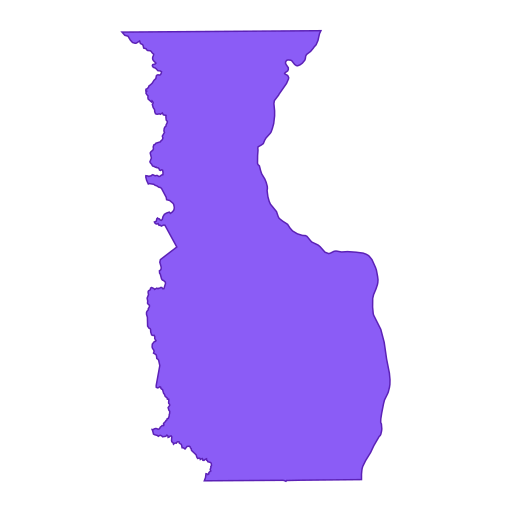 outline of Cotriguaçu, Mato Grosso, Brazil
{"feature_id": "56859067B41206181741344", "entity_name": "Cotriguaçu", "entity_type": "district", "adm_level": 2, "iso_a3": "BRA", "parent_name": "Brazil", "parent_adm1": "Mato Grosso", "projection": "natural_earth1", "projection_center": [-58.781, -9.466], "detail": "fine", "context": "isolated", "style": "filled", "palette": "violet", "viewbox_px": 512, "rotation_deg": 0, "n_neighbors": 0, "source": "geoboundaries", "source_scale": "gbopen_adm2", "svg_char_len": 6037}
<svg xmlns="http://www.w3.org/2000/svg" viewBox="0 0 512 512"><path d="M122.0,32.1L124.8,35.3L128.0,36.2L130.4,40.2L132.5,42.5L135.2,43.3L136.4,43.1L139.6,41.0L140.4,43.5L142.2,44.4L143.0,45.2L143.7,48.1L146.0,48.7L146.7,49.8L147.6,50.5L150.5,50.8L151.4,51.7L152.2,52.9L153.7,54.2L153.4,55.6L152.7,57.1L152.6,58.5L152.8,59.6L153.5,60.7L155.9,63.1L155.1,64.0L152.7,64.6L152.3,65.8L153.0,67.0L153.9,67.6L155.2,68.0L156.3,68.9L157.9,70.7L160.1,70.9L161.5,71.7L161.3,73.0L160.8,74.2L159.8,75.1L158.1,74.8L157.2,75.0L156.4,75.7L155.8,78.6L154.0,80.3L152.2,83.2L150.6,84.7L148.8,86.1L148.5,87.3L147.2,88.7L146.0,89.2L145.8,90.9L146.7,91.2L146.1,92.0L146.0,93.3L147.0,94.9L148.0,95.8L147.9,97.3L148.1,99.0L151.5,102.0L152.0,100.9L153.1,102.3L152.9,103.7L152.3,104.4L153.2,107.6L154.4,109.4L154.7,110.6L154.7,111.7L155.5,113.7L156.3,114.1L157.7,114.2L159.3,113.8L160.4,114.3L162.3,113.0L163.4,114.9L166.0,115.4L165.9,117.0L166.2,120.1L166.9,120.8L167.4,121.8L167.0,123.2L166.2,124.6L165.9,126.2L164.8,127.1L164.2,128.5L163.9,131.0L164.5,132.4L162.3,136.1L162.9,137.9L162.6,139.1L161.8,140.2L160.9,140.9L160.4,141.8L155.9,143.2L154.9,144.5L153.9,144.8L153.2,146.8L153.4,148.9L152.9,150.0L150.8,151.9L150.2,153.0L151.4,158.0L149.9,161.8L150.4,162.9L151.6,164.2L152.3,165.6L153.1,166.3L154.5,166.5L155.3,167.3L156.2,167.1L157.0,167.8L157.9,167.7L159.0,168.6L159.5,170.0L160.4,170.5L161.6,169.8L162.6,170.2L163.0,172.3L162.9,174.7L161.6,175.0L159.8,176.4L158.8,176.5L157.4,175.5L156.3,175.5L155.1,175.8L152.8,174.7L151.7,175.2L150.9,176.0L150.1,175.9L148.9,176.5L148.1,176.0L145.9,175.7L145.8,177.1L146.6,180.3L148.3,184.0L149.5,183.6L153.8,184.3L155.1,185.3L156.7,185.8L159.0,187.3L160.4,187.5L161.6,188.6L166.2,197.3L166.6,199.7L169.7,200.5L172.9,203.2L173.7,204.4L174.3,207.5L174.1,209.1L173.7,210.3L172.4,211.9L170.4,213.4L169.3,212.1L166.6,213.0L164.4,214.3L163.0,216.6L162.3,219.4L161.2,220.4L160.2,220.0L159.4,218.9L158.3,218.7L157.6,218.0L156.8,218.8L156.3,221.2L154.4,222.0L155.1,223.3L156.2,224.0L157.1,224.0L158.1,223.6L159.0,225.3L160.4,225.3L161.3,226.1L163.4,225.1L164.9,225.2L176.8,247.0L160.4,259.6L159.8,262.2L161.2,267.2L161.1,268.9L160.6,270.0L159.4,270.8L159.6,273.2L160.3,274.2L161.5,278.8L162.4,280.1L163.4,280.4L165.3,282.1L165.5,283.5L163.9,288.7L162.8,288.8L161.8,287.5L160.6,287.5L159.7,288.2L158.8,288.2L158.0,288.7L156.8,288.1L154.6,289.4L154.0,288.6L151.6,287.5L150.6,288.1L150.3,289.5L149.7,290.2L148.8,290.6L148.2,291.3L148.1,292.6L148.5,294.7L147.1,298.1L147.7,301.0L147.5,303.2L148.3,304.4L149.4,305.2L149.5,306.2L149.1,307.4L148.3,308.5L148.3,309.7L146.9,311.4L146.5,312.6L146.5,314.3L147.4,317.3L147.6,326.1L149.0,328.2L150.1,328.6L150.6,329.7L150.7,332.0L151.6,334.9L153.0,335.5L154.1,335.3L154.8,336.6L154.7,338.6L156.0,340.6L155.5,341.4L154.4,341.5L152.3,344.1L152.1,347.0L152.6,348.5L153.7,350.0L154.1,351.3L153.5,353.1L156.0,354.6L156.5,356.0L156.8,358.5L158.1,359.4L158.7,360.5L159.8,365.6L156.2,385.4L156.2,387.2L157.4,387.9L158.7,387.6L159.8,386.7L160.7,387.2L160.8,388.2L161.5,389.1L162.5,389.5L163.6,393.3L164.5,394.4L165.2,396.4L167.1,397.9L167.4,399.2L168.6,399.2L168.8,400.7L168.6,402.1L168.7,403.3L169.6,404.3L169.7,405.4L168.1,407.6L168.9,410.3L169.7,411.2L169.7,412.3L169.6,413.6L169.2,414.8L169.2,416.0L168.3,418.4L167.2,418.7L166.9,419.9L166.0,420.5L165.5,421.5L164.0,422.9L163.5,423.7L163.9,424.7L163.6,425.6L162.1,425.5L161.5,426.3L160.4,427.0L159.5,428.7L158.1,429.3L156.7,428.6L155.4,428.5L154.0,429.0L153.3,429.6L152.1,429.5L152.7,431.0L153.5,434.1L154.6,434.7L157.4,435.5L158.3,436.3L159.3,435.6L160.5,435.3L161.7,435.9L162.6,436.8L165.8,436.3L166.9,435.1L167.9,435.9L168.1,437.4L169.2,437.0L170.0,436.2L171.0,435.8L171.8,436.9L171.5,440.4L171.8,441.8L173.0,442.7L173.5,444.2L174.4,443.4L175.3,443.0L176.3,443.2L177.3,441.8L179.0,441.8L179.3,443.1L181.2,444.3L181.6,445.2L182.1,447.8L183.4,447.8L185.0,449.0L187.1,446.4L189.3,446.2L190.0,446.6L190.3,447.7L191.3,448.8L191.3,449.9L191.8,450.7L196.1,454.8L196.9,457.3L197.7,458.5L199.1,458.1L200.1,458.5L200.3,459.5L202.2,458.5L202.7,459.2L202.9,460.3L204.0,460.4L205.0,459.5L206.5,458.8L206.6,460.2L207.4,460.7L207.8,461.7L210.5,462.5L211.3,463.4L211.5,465.6L210.8,466.4L210.9,467.4L210.2,469.5L210.8,471.0L209.4,472.0L208.8,472.8L208.8,473.9L207.8,474.6L207.1,473.9L206.0,473.7L205.5,477.6L204.3,480.8L282.9,480.3L284.1,480.5L285.9,481.3L286.6,480.5L300.6,480.2L361.5,479.6L361.5,474.2L361.8,470.8L362.1,468.7L362.7,466.5L365.6,460.6L370.6,452.5L373.8,445.7L379.2,436.4L380.1,435.6L380.7,434.6L381.0,433.5L381.6,430.9L381.8,428.9L381.4,424.0L380.7,422.5L380.7,421.3L380.8,418.9L381.7,413.1L383.5,403.9L384.5,400.0L387.6,393.7L388.3,392.0L389.5,387.2L389.9,384.4L390.0,379.8L389.4,373.2L386.6,359.1L384.2,342.4L380.8,329.4L373.6,315.1L373.2,313.5L372.6,307.1L372.7,298.4L373.6,294.6L376.0,288.9L377.4,284.7L377.8,282.7L378.0,279.8L377.6,276.5L376.4,270.1L375.5,267.5L372.0,259.7L369.2,256.2L368.1,255.3L366.1,254.2L363.1,253.1L356.0,252.2L347.5,251.6L341.6,252.0L336.7,251.1L335.1,251.1L333.8,251.4L330.3,253.2L328.7,253.6L325.0,252.2L320.1,246.7L318.2,245.1L311.9,242.1L310.7,240.9L307.0,236.4L305.5,235.6L302.4,235.4L297.3,233.8L292.5,230.9L289.9,227.9L287.6,224.3L282.6,221.1L279.2,218.4L278.2,216.6L276.5,211.6L270.4,204.1L269.2,201.4L267.9,196.7L267.1,190.6L267.4,188.5L267.3,186.5L266.2,182.4L264.8,179.0L261.7,173.9L260.6,170.6L259.4,165.9L258.0,164.6L257.5,163.3L257.6,155.5L258.0,150.2L257.8,148.1L258.1,146.8L261.2,145.1L263.3,143.6L264.7,140.2L266.0,138.0L270.3,133.2L271.1,132.0L272.3,128.7L273.7,123.6L274.6,115.9L274.6,110.8L273.9,103.6L274.4,100.6L278.6,95.1L279.1,94.1L286.5,83.5L288.5,78.9L288.7,77.7L288.0,76.0L287.4,75.3L285.3,74.2L284.6,73.5L285.2,72.6L287.6,71.0L288.3,69.6L288.3,67.7L286.1,64.5L285.5,63.1L285.7,61.7L286.6,60.4L288.0,59.9L290.7,60.2L291.8,60.8L294.6,64.4L296.3,65.6L297.6,65.8L300.1,64.8L302.4,63.1L304.8,60.2L305.3,58.8L305.7,56.1L306.2,55.1L306.9,54.2L310.6,51.4L313.2,48.3L314.1,47.0L316.1,44.8L318.0,40.4L319.5,33.7L320.9,30.7L122.0,32.1Z" fill="#8b5cf6" stroke="#5b21b6" stroke-width="1.5"/></svg>